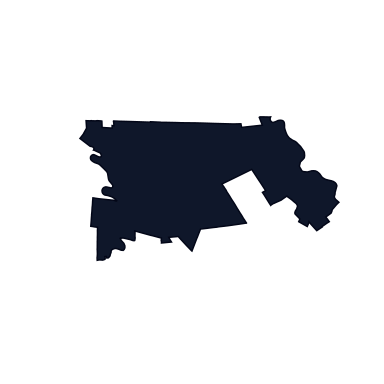 outline of Veresti, Suceava, Romania, rotated 217°
{"feature_id": "2599482B2854630041456", "entity_name": "Veresti", "entity_type": "district", "adm_level": 2, "iso_a3": "ROU", "parent_name": "Romania", "parent_adm1": "Suceava", "projection": "robinson", "projection_center": [26.473, 47.638], "detail": "fine", "context": "isolated", "style": "filled", "palette": "ink", "viewbox_px": 384, "rotation_deg": 217, "n_neighbors": 0, "source": "geoboundaries", "source_scale": "gbopen_adm2", "svg_char_len": 5964}
<svg xmlns="http://www.w3.org/2000/svg" viewBox="0 0 384 384"><g transform="rotate(217 192 192)"><path d="M174.4,299.3L175.4,298.4L180.4,294.8L182.8,293.0L183.0,292.8L183.2,292.1L176.1,287.7L176.5,287.3L191.2,273.5L191.3,273.5L194.0,275.9L199.8,271.3L216.5,259.4L221.5,255.9L224.9,253.5L230.5,249.5L242.3,240.8L245.6,238.5L253.8,232.6L258.6,229.0L259.0,228.9L267.3,223.2L267.0,222.9L267.4,222.6L280.9,213.1L285.3,210.0L292.3,205.0L297.4,201.5L297.4,201.4L297.3,201.2L296.9,201.0L296.6,200.6L295.3,199.2L294.2,197.9L295.8,197.0L294.2,195.0L301.6,190.1L302.6,189.4L306.5,194.2L306.7,194.4L307.6,193.9L310.4,192.1L311.1,191.5L311.3,191.2L312.2,190.5L314.5,188.8L315.5,188.3L316.1,187.6L319.5,185.2L314.6,179.5L313.8,173.7L313.6,173.7L313.7,167.3L300.9,167.2L299.5,167.9L298.2,168.3L297.0,168.0L296.1,167.4L295.9,166.2L295.4,166.5L292.8,167.0L291.0,167.4L290.6,167.5L289.8,167.7L289.3,167.8L289.0,167.8L288.4,167.8L288.0,167.6L287.7,167.5L287.2,167.2L286.6,166.9L286.1,166.2L285.9,165.7L286.0,165.5L286.0,165.2L286.5,164.6L286.8,164.3L287.2,164.2L287.6,164.0L288.2,163.8L289.6,163.5L291.2,163.2L292.0,163.0L292.4,162.9L292.9,162.7L293.4,162.4L293.6,162.1L293.9,161.6L294.1,161.2L294.2,160.8L294.3,160.0L294.2,159.4L294.2,159.1L294.0,158.7L293.6,158.1L293.2,157.6L292.9,157.4L292.5,157.1L291.9,156.9L291.3,156.7L290.7,156.7L289.4,156.7L288.4,156.8L287.2,157.0L286.6,157.2L284.4,157.9L283.8,158.1L283.1,158.2L282.2,158.2L281.4,158.2L279.9,158.0L276.5,157.6L273.3,157.1L272.5,157.0L271.6,156.6L271.1,156.4L270.7,156.1L270.2,155.7L266.9,152.5L266.1,151.8L265.6,151.5L265.0,151.2L264.5,151.0L259.9,149.9L259.4,149.6L259.2,149.5L258.9,149.2L258.7,148.9L258.6,148.7L258.4,148.4L258.4,148.0L258.4,147.8L258.4,147.5L258.5,147.3L258.6,147.0L258.9,146.7L259.3,146.4L259.9,146.1L260.8,145.8L261.3,145.5L263.1,144.7L263.9,144.2L264.2,143.9L264.4,143.6L264.9,142.9L265.0,142.7L265.2,142.1L265.3,141.6L265.3,140.8L265.2,140.2L265.1,139.9L265.0,139.5L264.8,139.1L264.2,138.4L263.8,138.0L263.3,137.6L262.9,137.4L262.5,137.2L261.9,137.1L261.5,137.0L260.9,137.0L260.4,137.0L259.6,137.2L258.9,137.6L256.9,138.6L255.4,139.1L254.4,139.5L253.3,139.8L252.3,140.0L251.3,140.1L249.6,140.1L249.3,140.1L246.9,139.7L246.0,139.6L245.9,139.6L247.7,138.9L249.5,138.3L254.8,135.1L260.1,131.9L261.9,130.8L265.9,128.6L266.0,128.6L267.6,127.7L265.8,124.8L264.5,122.9L262.9,120.4L262.8,120.1L260.0,115.9L258.8,113.9L258.7,113.7L258.1,112.9L256.9,111.0L255.1,108.3L253.9,106.4L253.7,106.1L252.2,103.7L249.7,105.1L249.3,105.2L246.2,107.0L245.4,105.8L244.9,105.2L244.5,104.5L242.7,102.2L241.6,100.7L240.2,98.7L239.5,97.8L238.4,96.3L237.6,95.1L237.4,95.0L237.4,94.9L236.8,94.1L236.2,93.3L235.4,92.2L234.2,90.6L233.1,89.0L232.3,88.2L232.2,88.1L232.3,88.1L231.1,86.6L230.3,85.6L228.9,83.5L228.4,82.6L227.3,81.2L226.6,80.4L225.2,82.0L222.3,83.9L221.0,85.8L221.4,86.8L222.8,87.9L221.7,89.0L220.3,88.0L219.1,89.2L219.0,91.5L220.0,93.8L220.1,94.3L220.1,94.7L221.0,96.1L221.3,97.4L220.9,98.6L219.6,100.5L218.2,101.4L216.1,102.2L213.5,102.9L211.8,104.0L211.6,105.3L212.0,107.0L213.2,108.6L215.5,110.0L219.3,110.7L221.5,111.7L221.5,112.3L221.2,112.4L220.5,112.7L219.6,113.6L219.1,113.9L217.6,114.6L217.4,114.7L216.5,115.1L212.5,116.9L210.7,117.4L209.9,117.7L209.2,118.1L208.8,118.4L208.6,118.7L208.6,118.9L208.7,119.2L209.1,119.9L209.5,120.6L209.8,121.1L211.0,122.4L211.5,123.1L212.3,124.2L213.0,125.2L213.5,125.8L213.8,125.9L214.3,126.2L214.4,126.4L204.1,130.5L198.8,132.6L197.3,133.3L188.9,136.7L188.7,136.8L188.0,135.7L187.5,134.8L187.1,134.5L186.4,133.8L185.9,133.2L185.7,132.9L183.5,134.9L178.3,139.7L180.7,140.6L183.3,141.8L176.2,148.2L173.8,147.7L163.9,145.9L156.9,144.8L156.5,144.8L157.0,146.5L158.0,150.0L160.3,158.0L160.5,159.0L161.5,162.5L162.9,167.5L162.4,168.0L158.2,172.0L157.1,173.1L154.0,176.1L151.0,178.9L150.1,179.9L149.0,181.0L147.5,182.4L143.3,186.4L137.2,192.5L135.1,194.6L130.0,199.8L129.8,199.9L129.8,200.0L132.1,200.8L133.3,201.3L134.2,201.6L134.7,201.7L136.1,202.3L137.5,202.9L139.6,203.7L140.8,204.1L145.1,205.8L145.6,205.9L147.1,206.6L148.2,207.0L148.6,207.2L149.8,207.7L152.4,208.7L155.8,209.9L156.6,210.2L159.8,211.5L162.8,212.6L163.5,212.8L164.2,213.1L164.6,213.3L166.0,214.0L167.5,214.5L168.4,214.8L169.9,215.4L170.7,215.6L171.9,216.0L172.9,216.4L165.6,230.8L157.9,246.0L146.8,242.0L142.2,240.4L134.0,237.4L135.5,234.1L132.4,233.0L123.6,229.6L121.1,228.7L121.1,228.9L120.4,231.0L120.2,231.5L119.7,232.3L118.3,234.9L116.6,237.9L116.2,238.7L115.9,239.2L115.5,240.6L113.8,245.8L113.6,245.7L112.7,245.7L109.6,245.8L107.6,245.8L106.2,245.7L105.0,245.6L102.2,245.5L101.2,245.3L100.5,245.0L99.2,244.3L98.9,243.3L98.2,241.5L98.1,240.1L98.0,239.0L97.5,237.6L97.1,237.0L96.5,236.5L89.6,235.4L88.9,232.5L79.2,233.8L80.2,237.9L80.6,238.6L77.8,237.9L69.1,236.2L67.0,242.3L67.4,242.4L65.5,248.3L64.5,250.9L67.7,251.9L70.1,252.5L68.2,258.8L68.6,260.5L69.1,261.7L69.4,262.2L69.2,265.3L69.0,268.9L68.6,271.6L68.5,272.2L72.7,272.5L73.1,272.6L74.0,272.9L74.6,273.1L75.1,273.6L75.6,274.1L75.9,274.4L76.0,275.1L76.6,276.6L77.3,277.4L79.8,283.6L80.0,284.1L80.6,284.6L81.9,285.3L83.3,285.6L85.3,285.5L87.5,284.8L90.1,283.6L92.8,282.5L94.5,282.2L95.8,282.1L97.0,282.1L98.0,282.4L100.8,283.3L102.6,283.5L104.5,283.5L106.1,283.1L107.6,282.2L109.1,281.0L110.4,279.3L111.9,277.4L115.2,275.4L116.0,275.1L116.9,275.0L118.1,275.5L119.4,276.1L120.8,276.6L121.9,277.4L123.5,281.2L123.2,283.4L123.0,284.9L122.9,286.8L123.2,287.5L124.0,288.9L125.7,290.8L126.3,291.4L127.5,292.0L130.3,292.9L132.7,293.7L135.9,294.1L138.3,294.5L139.3,294.5L140.6,294.4L142.2,294.0L143.8,293.8L145.3,293.8L145.9,293.7L146.6,293.7L147.7,293.9L148.4,294.1L149.5,294.4L150.9,295.0L153.1,296.3L155.1,297.7L156.3,298.6L157.1,299.4L158.0,300.7L159.3,302.2L160.2,303.0L161.0,303.4L161.8,303.6L163.0,303.4L164.0,302.9L164.8,302.4L166.2,301.0L167.5,298.6L168.7,296.8L169.4,296.2L169.9,295.9L170.7,295.9L171.5,296.0L172.3,296.3L172.9,296.7L173.5,297.2L174.0,298.1L174.2,298.6L174.4,299.3Z" fill="#0f172a" stroke="#020617" stroke-width="1.5"/></g></svg>